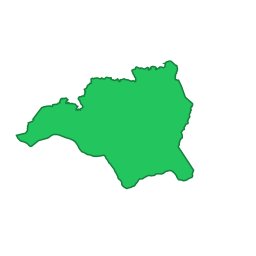 Sento Sé, Bahia, Brazil (Albers equal-area conic projection), rotated 220°
{"feature_id": "56859067B8748211257430", "entity_name": "Sento Sé", "entity_type": "district", "adm_level": 2, "iso_a3": "BRA", "parent_name": "Brazil", "parent_adm1": "Bahia", "projection": "albers", "projection_center": [-41.545, -10.097], "detail": "fine", "context": "isolated", "style": "filled", "palette": "green", "viewbox_px": 256, "rotation_deg": 220, "n_neighbors": 0, "source": "geoboundaries", "source_scale": "gbopen_adm2", "svg_char_len": 5940}
<svg xmlns="http://www.w3.org/2000/svg" viewBox="0 0 256 256"><g transform="rotate(220 128 128)"><path d="M197.7,108.1L198.1,107.0L198.0,106.5L197.6,105.6L197.5,104.7L197.1,104.3L196.5,103.9L196.4,103.5L197.5,102.1L197.3,101.0L198.8,99.4L199.7,98.6L200.6,97.3L200.4,96.9L200.0,96.5L199.9,95.9L200.3,95.5L201.9,94.8L202.7,93.9L204.1,92.6L205.3,91.0L205.9,90.3L206.3,89.8L206.5,89.0L207.2,88.2L206.5,73.9L206.1,74.2L205.8,74.0L205.5,73.3L205.4,71.9L205.5,71.5L205.9,71.1L207.6,67.8L207.2,67.7L206.9,67.4L206.9,66.8L206.2,65.8L206.2,64.9L205.5,64.1L205.0,63.9L204.7,62.9L204.3,62.7L203.2,60.9L203.3,60.0L203.0,58.4L208.7,50.7L206.1,49.5L205.2,49.3L204.2,49.3L203.4,49.0L201.9,49.1L198.9,50.4L196.4,51.2L194.0,51.3L192.6,51.0L191.7,51.0L190.9,51.3L190.4,51.8L190.0,52.7L188.6,60.2L188.0,61.5L183.1,68.6L182.6,69.9L182.0,72.7L181.3,74.4L180.5,75.4L178.7,77.0L176.7,78.2L169.3,80.7L166.0,82.2L162.3,83.3L160.0,83.5L158.1,83.2L154.8,82.2L151.7,80.8L148.7,80.2L147.7,80.3L145.0,81.2L142.7,81.4L141.4,81.9L139.9,83.0L136.7,84.0L134.2,85.7L130.9,89.2L129.4,91.2L129.0,91.6L128.1,91.8L126.7,91.4L125.2,90.6L122.9,90.2L120.1,89.0L118.7,89.1L114.9,88.1L112.2,87.6L109.9,86.3L107.5,85.6L106.6,85.1L104.7,84.4L103.6,83.4L103.0,83.1L102.0,82.9L100.4,83.1L98.6,82.7L97.9,82.2L96.7,81.0L96.1,80.6L95.4,80.3L92.8,80.2L90.1,80.8L89.8,81.1L89.2,82.2L87.4,84.8L87.1,85.9L85.9,87.7L85.9,89.1L86.2,90.6L86.0,91.8L86.5,95.5L86.3,96.4L84.2,98.4L84.0,98.9L83.7,100.3L82.5,103.3L81.7,104.9L79.5,106.3L78.4,107.5L77.3,108.8L76.9,110.7L76.4,111.5L75.5,112.3L72.9,114.2L72.3,115.1L71.8,116.0L71.1,119.1L70.0,120.5L69.5,121.3L68.3,122.6L66.6,123.3L64.4,123.3L62.8,123.2L60.6,122.7L58.9,121.8L56.9,121.1L56.0,120.9L53.6,122.6L51.8,123.1L51.1,123.7L49.5,126.1L49.3,127.3L48.5,129.4L47.5,130.9L47.3,131.8L47.7,132.9L48.3,133.4L48.9,133.6L49.2,134.0L50.6,137.8L77.4,145.9L77.8,146.6L77.8,147.9L79.1,149.4L79.1,149.9L79.8,150.5L79.9,151.4L80.2,151.8L80.3,152.6L80.4,152.9L80.5,153.4L80.3,153.9L80.5,154.4L80.1,155.0L80.2,155.4L80.7,155.9L81.1,156.6L81.8,157.2L83.0,158.2L84.1,158.7L84.6,159.3L84.7,159.7L84.5,160.5L84.7,161.2L84.5,162.1L84.0,163.1L85.4,164.4L85.6,166.4L86.1,167.9L85.0,170.0L85.7,171.1L86.6,171.3L86.9,171.5L87.2,172.0L87.0,172.9L87.4,173.5L87.6,174.0L87.8,174.5L87.6,175.4L87.7,175.9L88.1,176.2L88.2,176.6L89.1,177.1L89.6,177.6L89.9,178.4L90.1,180.0L91.0,181.0L90.9,181.6L91.0,182.1L91.7,182.4L91.7,182.8L92.1,182.8L92.4,183.0L93.1,184.7L92.8,185.0L92.7,185.3L93.1,185.6L93.2,186.3L93.0,186.5L93.1,186.9L93.4,187.2L93.6,187.5L93.9,187.9L94.4,188.2L94.9,188.2L103.9,188.4L114.1,194.4L120.0,197.1L120.7,196.3L121.8,196.2L122.5,195.6L123.0,195.6L124.1,196.6L124.3,197.5L124.7,197.6L125.2,198.1L125.5,198.6L125.5,199.1L125.9,199.3L126.1,200.2L126.1,201.2L126.3,201.5L126.8,202.0L127.2,203.8L127.5,204.1L128.1,205.1L129.7,206.3L130.2,206.9L130.6,207.0L131.4,207.0L131.7,206.6L137.8,206.8L138.3,206.6L139.6,205.6L139.8,205.2L139.8,204.9L140.1,204.7L141.0,203.3L141.1,202.5L141.3,201.2L141.6,200.8L140.9,201.0L140.6,200.9L139.7,200.0L139.3,198.8L139.2,198.1L139.4,197.4L139.8,196.9L141.0,196.5L142.7,195.3L142.9,194.9L142.8,194.5L142.5,194.1L142.7,193.8L143.2,193.5L143.5,192.4L143.9,191.7L143.9,191.2L144.2,190.7L144.7,190.9L144.7,191.4L144.9,191.9L145.5,192.4L146.9,192.1L147.8,191.7L148.7,190.9L149.5,189.7L149.5,188.9L149.2,188.5L148.7,188.4L148.5,188.1L148.9,187.8L148.8,187.1L149.4,186.0L149.8,185.7L150.5,187.2L150.8,187.3L151.2,187.0L152.1,186.8L152.4,185.4L152.8,185.0L153.1,184.0L153.7,183.4L154.4,183.1L155.8,182.8L156.1,182.5L156.8,182.3L157.0,181.1L157.3,181.0L158.3,181.0L159.1,180.6L159.9,180.6L160.2,180.4L160.8,180.1L161.0,179.3L160.5,178.4L160.3,177.8L161.3,176.5L161.6,175.7L162.1,175.1L162.0,174.7L161.2,174.0L160.5,173.9L160.0,173.3L159.2,173.1L158.3,172.5L157.4,172.4L156.5,172.0L155.9,171.4L154.6,171.4L154.2,171.2L153.5,170.5L153.0,169.6L152.1,168.8L152.1,168.3L152.5,168.0L153.6,167.9L154.4,167.5L154.8,167.2L154.9,166.5L155.1,166.1L156.2,165.9L156.8,165.3L158.5,165.1L159.1,164.6L159.8,164.3L161.1,163.3L161.9,163.4L162.6,163.2L163.4,162.0L163.5,161.6L163.8,160.9L165.0,160.1L164.7,159.2L164.2,159.0L164.1,158.6L164.2,158.2L164.6,158.0L165.4,158.0L166.9,158.9L167.4,158.9L167.3,158.1L167.8,158.0L168.2,157.6L168.0,156.8L168.2,156.4L168.7,156.1L169.5,155.3L169.8,155.4L170.3,155.3L170.8,154.9L172.3,154.4L172.6,154.6L172.6,155.0L173.1,155.6L173.4,155.5L173.8,155.0L174.8,154.1L175.4,154.0L176.1,153.5L177.1,153.0L177.3,152.3L177.5,152.0L177.3,151.6L177.2,151.1L177.6,150.5L178.3,149.9L179.2,149.7L179.7,149.3L180.3,149.5L180.4,148.7L181.0,147.8L181.4,147.5L182.6,147.2L183.1,146.8L183.9,146.4L184.1,146.0L184.5,145.9L184.7,145.6L185.4,144.9L185.7,144.0L186.0,143.6L186.8,143.5L187.3,143.2L187.5,142.5L187.8,142.0L187.7,141.6L187.0,140.9L186.6,140.8L186.2,140.5L186.2,140.0L185.9,139.6L185.2,139.3L184.9,138.9L185.0,138.5L185.9,137.7L186.0,137.4L185.5,136.6L186.0,135.9L186.4,134.5L185.9,133.8L185.9,133.3L185.7,132.9L185.5,131.8L185.7,130.8L186.3,129.7L186.1,129.3L185.6,129.3L185.0,128.7L184.1,128.7L183.9,127.5L183.1,126.9L182.6,124.7L182.2,124.1L182.7,123.9L183.8,122.9L183.8,122.1L185.2,120.7L185.4,119.8L185.2,118.8L184.0,118.0L183.1,118.0L182.7,118.2L181.6,117.2L181.2,117.1L179.7,116.3L178.7,116.0L178.2,116.1L177.8,116.1L177.0,115.7L176.1,115.0L175.8,114.6L175.8,114.2L176.6,112.6L176.5,111.7L176.0,111.5L176.1,111.0L176.7,111.0L177.0,111.2L177.4,111.1L177.9,110.7L178.1,110.3L177.8,109.4L178.0,109.1L178.7,109.5L179.1,109.4L179.5,108.7L180.1,109.8L180.2,110.8L180.2,112.0L180.4,112.3L181.1,111.9L183.7,112.3L185.2,111.5L185.4,111.2L186.3,111.0L186.6,110.8L187.0,110.4L187.4,110.2L187.7,109.9L187.9,109.4L188.7,109.0L189.0,108.7L189.5,109.4L190.4,108.9L190.8,107.3L191.3,107.0L192.2,107.7L192.3,108.0L192.1,109.9L192.1,110.9L192.4,111.2L193.7,110.9L194.1,111.2L194.6,111.2L194.8,110.7L195.3,110.5L195.5,110.1L196.0,109.4L196.3,109.3L197.0,108.7L197.3,108.0L197.7,108.1Z" fill="#22c55e" stroke="#15803d" stroke-width="1.5"/></g></svg>